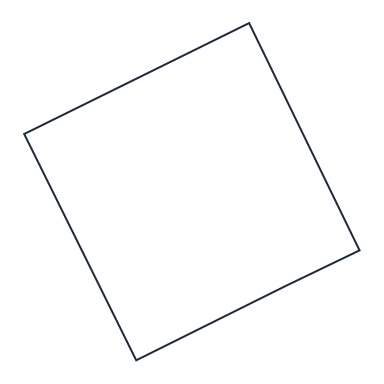 Oscoda, Michigan, United States of America (orthographic projection), rotated 154°
{"feature_id": "52423323B95386849250794", "entity_name": "Oscoda", "entity_type": "district", "adm_level": 2, "iso_a3": "USA", "parent_name": "United States of America", "parent_adm1": "Michigan", "projection": "orthographic", "projection_center": [-84.072, 44.682], "detail": "fine", "context": "isolated", "style": "outline", "palette": "slate", "viewbox_px": 384, "rotation_deg": 154, "n_neighbors": 0, "source": "geoboundaries", "source_scale": "gbopen_adm2", "svg_char_len": 244}
<svg xmlns="http://www.w3.org/2000/svg" viewBox="0 0 384 384"><g transform="rotate(154 192 192)"><path d="M317.4,317.7L315.9,65.3L315.9,65.2L148.7,66.5L67.0,66.1L66.6,318.8L317.4,317.7Z" fill="none" stroke="#1e293b" stroke-width="2"/></g></svg>